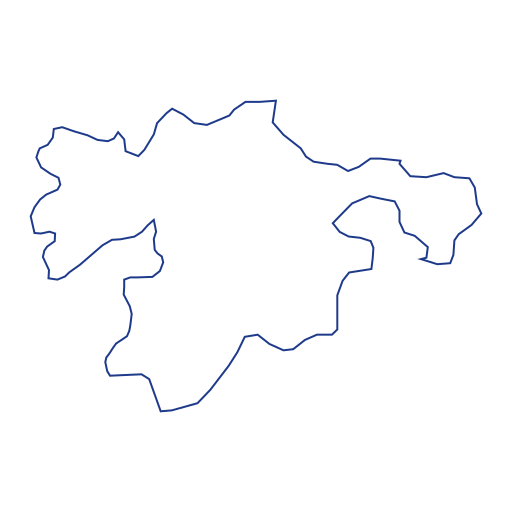 Hwaseong-si, Gyeonggi, South Korea (Robinson projection)
{"feature_id": "91817680B58085958229296", "entity_name": "Hwaseong-si", "entity_type": "district", "adm_level": 2, "iso_a3": "KOR", "parent_name": "South Korea", "parent_adm1": "Gyeonggi", "projection": "robinson", "projection_center": [126.871, 37.138], "detail": "fine", "context": "isolated", "style": "outline", "palette": "blue", "viewbox_px": 512, "rotation_deg": 0, "n_neighbors": 0, "source": "geoboundaries", "source_scale": "gbopen_adm2", "svg_char_len": 1954}
<svg xmlns="http://www.w3.org/2000/svg" viewBox="0 0 512 512"><path d="M400.5,160.7L380.2,158.6L370.5,158.6L358.7,166.9L348.0,171.0L337.2,164.8L327.5,163.8L313.6,161.7L306.0,156.6L300.7,148.3L283.5,134.8L272.7,122.4L275.9,100.7L259.4,101.9L245.4,101.9L234.1,109.6L229.4,115.5L206.9,124.9L194.2,123.1L183.4,114.6L172.1,108.7L166.5,113.2L157.1,123.1L153.8,134.4L144.4,149.8L138.3,156.1L125.6,151.2L124.2,139.4L118.1,132.2L113.9,138.5L107.8,141.2L97.5,139.9L87.6,135.3L74.0,131.3L62.2,127.2L53.8,129.0L52.8,137.6L47.7,144.8L39.7,148.4L38.3,151.6L36.4,157.5L41.1,167.4L50.5,173.8L58.5,177.8L60.3,184.6L57.5,189.6L46.2,194.6L40.1,199.5L34.5,207.2L30.7,216.3L34.5,233.0L41.0,233.5L49.5,231.7L55.1,233.5L54.7,241.2L47.1,246.6L44.3,250.7L42.9,257.0L49.0,270.1L48.5,278.3L57.4,279.6L65.0,276.5L69.2,272.4L80.0,264.7L102.6,245.2L112.0,239.8L120.4,239.3L134.5,236.6L142.0,231.7L147.7,225.3L153.8,219.9L156.1,231.7L153.8,238.9L154.7,249.8L157.5,253.4L161.8,256.5L163.2,262.4L159.9,271.0L152.4,276.9L137.3,277.4L130.3,277.4L124.2,279.6L124.2,287.3L123.7,294.6L127.0,300.9L129.8,306.3L131.7,314.0L130.3,325.4L129.3,330.8L127.0,336.2L122.3,339.4L116.1,343.5L112.9,348.0L109.1,353.9L106.3,357.5L105.3,362.1L107.2,371.1L110.0,375.7L141.5,374.3L149.2,379.1L160.7,411.3L171.6,410.4L197.5,403.2L210.4,389.7L228.7,365.8L237.3,352.3L244.8,336.8L257.7,334.7L269.5,344.0L283.5,350.3L293.2,349.2L305.0,339.9L316.9,334.7L331.9,334.7L337.3,329.5L337.3,317.1L337.3,295.3L342.6,280.8L349.1,272.5L371.4,269.0L372.7,258.4L373.4,247.8L370.7,241.1L360.3,237.8L348.6,236.5L339.7,231.9L332.8,223.2L341.7,214.0L352.1,203.4L369.3,196.1L381.0,198.7L394.7,201.4L399.5,210.7L399.5,221.9L404.4,232.5L414.7,235.8L427.8,247.1L426.4,257.7L420.9,259.1L437.3,264.2L450.2,263.2L453.4,254.9L454.4,240.4L458.7,234.2L471.6,224.9L481.3,213.5L477.0,204.2L474.8,187.6L469.4,178.3L454.4,177.2L443.6,173.1L426.4,177.2L410.3,176.2L399.5,163.8L400.5,160.7Z" fill="none" stroke="#1e3a8a" stroke-width="2"/></svg>